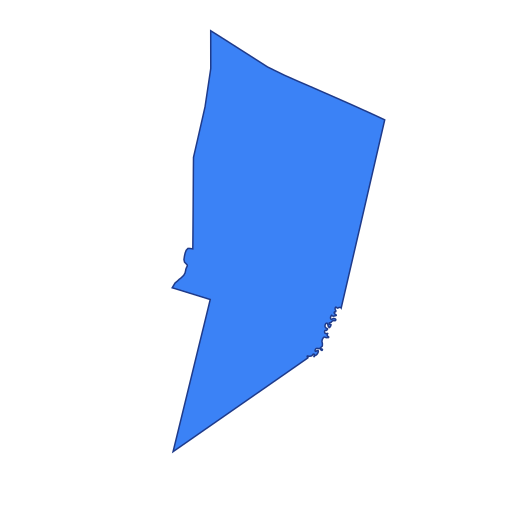 the district of Boven Digoel, Papua, Indonesia, rotated 13°
{"feature_id": "22746128B21273779065212", "entity_name": "Boven Digoel", "entity_type": "district", "adm_level": 2, "iso_a3": "IDN", "parent_name": "Indonesia", "parent_adm1": "Papua", "projection": "equal_earth", "projection_center": [140.719, -6.154], "detail": "fine", "context": "isolated", "style": "filled", "palette": "blue", "viewbox_px": 512, "rotation_deg": 13, "n_neighbors": 0, "source": "geoboundaries", "source_scale": "gbopen_adm2", "svg_char_len": 5052}
<svg xmlns="http://www.w3.org/2000/svg" viewBox="0 0 512 512"><g transform="rotate(13 256 256)"><path d="M329.5,343.5L328.9,343.1L328.7,342.8L328.5,342.5L328.4,342.1L328.5,341.9L329.0,341.7L329.2,341.8L329.9,341.9L330.5,341.7L331.4,341.4L332.1,341.1L332.4,340.9L332.7,340.8L332.9,340.5L333.0,340.3L333.1,340.2L333.2,339.9L333.3,339.6L333.6,339.2L333.8,338.8L334.0,338.8L334.2,338.7L334.3,338.6L334.5,338.5L334.8,338.7L335.0,338.9L335.1,339.1L335.2,339.3L335.2,339.5L335.2,339.8L335.1,340.0L335.0,340.4L335.0,340.6L335.0,340.8L335.2,341.0L335.4,340.9L335.4,340.7L335.5,340.6L335.5,340.4L335.6,340.2L335.8,339.9L335.9,339.7L336.0,339.6L336.3,339.4L336.5,339.3L336.7,339.1L336.9,339.0L337.1,338.7L337.3,338.5L337.5,338.1L337.7,337.7L337.9,337.2L338.1,336.4L338.2,336.0L338.2,335.6L338.2,335.3L338.2,334.9L338.1,334.5L337.8,334.2L337.5,334.1L337.2,334.3L336.6,334.6L336.4,334.8L336.3,335.0L335.8,335.4L335.7,335.5L335.3,335.5L335.2,335.4L334.9,335.1L334.8,334.7L334.8,334.3L334.8,334.0L334.9,333.6L335.0,333.4L335.1,333.2L335.3,332.7L335.6,332.5L336.0,332.4L336.5,332.2L336.8,332.2L337.0,332.2L337.3,332.2L337.8,332.2L338.0,332.1L338.2,331.8L338.4,331.7L338.5,331.7L338.8,331.7L339.1,331.9L339.3,332.0L339.6,332.3L339.8,332.5L340.1,332.7L340.3,332.8L340.6,333.0L341.0,333.1L341.4,333.2L341.6,333.1L341.7,332.9L341.8,332.7L341.8,332.2L341.7,332.0L341.5,331.9L341.2,331.9L340.7,331.8L340.1,331.7L339.8,331.3L339.7,330.7L339.8,330.4L339.9,330.2L340.1,329.9L340.4,329.5L340.6,329.3L340.8,329.0L340.8,328.6L340.8,328.4L340.8,328.1L340.7,327.7L340.4,326.4L340.3,326.1L340.1,325.8L340.0,325.5L339.7,324.9L339.6,324.6L339.4,324.2L339.4,323.7L339.4,323.2L339.4,322.8L339.4,322.6L339.4,322.2L339.6,321.7L339.7,321.3L339.8,321.1L339.9,320.7L340.0,320.6L340.3,320.0L340.5,319.8L340.8,319.7L341.2,319.6L341.6,319.6L342.1,319.7L342.3,319.7L342.7,319.8L342.9,319.7L343.4,319.7L343.8,319.5L344.2,319.4L344.5,319.3L344.8,319.3L345.0,319.1L345.1,318.7L344.9,318.4L344.5,318.3L344.2,318.1L343.8,317.9L343.6,317.8L343.4,317.6L343.3,317.4L343.2,317.0L343.1,316.5L343.2,315.9L343.3,315.4L343.0,315.3L342.7,315.4L342.3,315.7L342.0,315.8L341.5,315.9L341.0,315.8L340.4,315.5L340.1,315.1L339.8,314.4L339.8,313.9L339.8,313.6L339.9,313.3L340.0,313.1L340.2,312.9L340.7,312.8L340.8,312.8L341.0,312.8L341.3,312.7L341.6,312.4L341.8,312.1L342.1,311.4L342.1,311.0L342.0,310.8L341.6,310.6L341.4,310.6L341.2,310.5L340.6,310.5L340.2,310.3L339.9,310.0L339.6,309.8L339.5,309.7L339.3,309.5L339.1,309.2L339.0,308.7L338.9,308.3L338.9,307.5L339.1,306.5L339.2,306.1L339.5,305.9L339.7,305.7L340.2,305.5L340.5,305.5L340.9,305.9L341.1,306.2L341.5,306.8L341.6,307.1L341.8,307.5L341.9,307.8L342.1,308.1L342.4,308.4L342.7,308.6L343.0,308.8L343.2,309.2L343.3,309.3L343.5,309.3L343.8,309.1L344.1,308.6L344.3,308.0L344.5,307.5L344.5,307.1L344.6,306.6L344.6,306.3L344.5,306.0L344.2,306.0L343.9,306.0L343.4,306.1L343.0,306.0L342.6,305.7L342.5,305.3L342.5,305.0L342.5,304.6L343.1,304.4L343.6,304.2L343.8,304.0L343.9,303.8L344.1,303.7L344.2,303.4L344.8,302.4L345.4,301.9L346.1,301.5L346.4,301.5L346.8,301.4L347.2,301.4L347.6,301.3L347.7,301.2L348.0,300.9L348.1,300.5L348.1,300.1L348.0,299.9L347.7,299.6L347.4,299.5L346.7,299.3L346.2,299.4L345.7,299.4L345.4,299.4L345.1,299.7L344.8,300.0L344.4,300.4L343.9,300.7L343.7,300.7L343.3,300.7L343.0,300.5L342.7,300.1L342.6,299.8L342.5,299.6L342.4,299.1L342.4,298.8L342.4,298.6L342.4,298.4L342.5,298.0L342.6,297.6L342.7,297.4L342.8,297.1L342.9,296.9L343.1,296.7L343.3,296.9L343.5,297.1L344.1,297.2L344.8,297.2L345.4,297.1L345.8,296.8L346.3,296.6L346.7,296.4L347.5,295.9L347.5,295.6L347.1,295.2L345.9,294.8L345.7,294.6L345.3,294.3L345.1,294.0L344.9,293.4L345.0,293.1L345.0,292.9L345.2,292.7L345.4,292.8L345.6,292.7L345.8,292.7L346.0,292.6L346.1,292.4L346.2,292.2L346.2,291.8L346.1,291.3L345.6,290.8L345.2,290.4L344.9,289.5L344.8,289.0L344.9,288.5L345.0,288.2L345.2,287.9L345.5,287.9L345.9,287.9L346.2,288.1L346.5,288.3L347.0,288.5L347.4,288.4L347.7,288.2L348.1,287.7L348.9,287.3L349.4,287.2L350.0,287.2L350.3,287.3L350.6,287.4L350.7,287.5L350.8,204.1L350.8,190.1L350.8,186.5L350.8,172.1L350.8,160.8L350.8,153.6L350.8,149.3L350.8,141.6L350.8,133.0L350.8,94.4L339.2,91.9L337.2,91.5L325.7,89.2L317.8,87.6L312.8,86.6L311.6,86.4L308.1,85.7L305.3,85.2L282.1,80.8L279.5,80.3L265.6,77.7L258.3,76.4L252.1,75.2L243.2,73.5L236.8,72.0L231.5,70.8L230.0,70.4L224.7,69.2L197.8,59.6L193.8,58.2L183.4,54.5L182.0,54.0L161.2,46.7L169.7,83.3L169.8,84.1L172.7,121.1L172.8,121.5L172.8,124.8L172.9,156.8L172.9,166.2L172.9,173.9L175.3,184.8L184.5,225.8L191.9,259.0L192.8,263.3L190.0,263.5L188.0,263.9L186.7,266.1L186.3,269.0L186.3,272.1L186.6,275.7L187.7,278.0L189.2,279.0L190.0,279.5L191.0,280.2L191.3,281.2L190.9,282.8L190.6,284.8L190.7,286.0L190.7,288.2L190.6,288.8L190.2,290.1L189.9,291.2L189.1,292.3L188.2,293.8L187.2,295.1L186.4,296.0L186.2,296.3L185.2,297.9L183.2,300.5L181.5,305.8L221.2,308.7L220.9,333.7L220.9,333.9L220.6,354.3L220.1,396.1L219.5,443.0L219.2,465.3L285.8,391.8L285.9,391.7L290.2,387.0L329.2,343.9L329.5,343.5Z" fill="#3b82f6" stroke="#1e3a8a" stroke-width="1.5"/></g></svg>